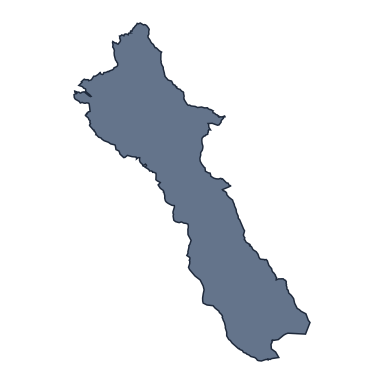 Cernisoara, Vâlcea, Romania
{"feature_id": "2599482B75338382819918", "entity_name": "Cernisoara", "entity_type": "district", "adm_level": 2, "iso_a3": "ROU", "parent_name": "Romania", "parent_adm1": "Vâlcea", "projection": "albers", "projection_center": [24.009, 45.016], "detail": "fine", "context": "isolated", "style": "filled", "palette": "slate", "viewbox_px": 384, "rotation_deg": 0, "n_neighbors": 0, "source": "geoboundaries", "source_scale": "gbopen_adm2", "svg_char_len": 5911}
<svg xmlns="http://www.w3.org/2000/svg" viewBox="0 0 384 384"><path d="M232.1,343.0L238.6,348.8L239.3,348.6L240.0,349.6L242.5,350.6L243.1,351.9L243.8,352.5L246.2,353.3L246.6,354.0L249.0,355.0L250.8,356.5L254.7,357.5L256.2,358.6L257.4,360.2L258.3,360.6L261.4,361.0L266.1,359.4L269.0,360.0L267.8,359.3L267.8,359.0L270.3,359.4L271.6,358.6L278.8,357.5L275.6,352.0L271.4,348.9L271.0,344.4L272.0,342.4L272.2,341.2L271.9,340.8L272.1,340.2L272.7,340.0L272.8,340.5L278.3,339.6L283.6,335.2L285.9,333.9L287.9,333.2L305.5,334.1L310.0,322.5L308.3,320.3L305.9,313.8L301.1,311.3L299.4,309.7L297.2,308.4L294.6,303.2L293.6,298.6L291.3,295.4L288.7,293.0L288.2,290.5L287.9,289.9L287.1,289.4L286.9,288.4L286.9,287.2L286.3,285.5L286.5,284.4L286.1,283.4L286.3,281.8L285.5,280.3L284.6,280.1L283.2,278.8L278.5,278.9L276.2,279.9L276.2,278.8L276.4,278.6L276.6,277.8L275.4,275.9L275.5,275.3L273.8,272.9L273.0,272.3L272.1,270.9L271.6,268.6L268.9,265.5L267.3,260.7L266.1,259.5L264.6,259.9L264.2,259.5L260.6,259.2L259.9,258.7L259.0,257.4L258.0,254.2L256.2,251.7L253.2,249.8L252.6,249.0L251.8,247.2L250.9,246.2L250.1,246.2L250.1,245.6L249.7,245.2L250.1,245.0L250.0,244.5L246.2,242.3L244.9,239.9L244.4,239.7L244.3,239.4L244.8,237.7L243.8,236.4L243.4,235.0L244.4,231.5L244.5,230.6L243.7,229.4L239.6,219.7L238.3,218.3L238.1,215.9L236.5,212.5L236.1,209.4L234.5,205.9L234.2,204.2L233.1,201.8L232.6,200.1L228.7,197.0L226.8,194.7L226.6,193.0L225.8,192.0L224.5,191.1L223.1,190.6L222.4,189.6L228.6,187.0L230.6,186.0L230.5,185.6L229.3,185.5L228.0,183.1L226.5,182.9L222.5,178.8L221.6,179.1L221.0,178.4L220.4,178.4L218.5,179.0L216.1,178.8L213.7,178.1L210.8,176.2L210.8,175.5L210.1,173.1L208.3,172.8L205.4,171.2L205.0,167.8L204.2,167.3L201.8,164.2L200.3,161.4L200.1,160.5L199.9,158.2L200.8,154.9L200.6,154.1L200.7,152.6L202.3,150.1L202.8,147.9L202.9,146.1L202.1,143.6L201.8,140.7L202.0,138.3L203.7,136.3L205.1,135.9L205.8,135.0L207.7,134.3L207.8,132.9L208.3,132.1L208.2,130.7L208.7,129.8L210.5,129.9L208.9,127.4L208.6,124.2L208.1,123.5L212.2,123.3L217.5,125.2L219.0,124.9L221.1,122.2L221.1,121.1L221.7,120.0L223.4,118.3L223.2,117.3L225.0,116.8L224.6,116.0L222.2,116.9L219.7,116.8L219.4,117.1L218.8,116.6L218.6,116.8L218.2,116.3L218.4,115.8L218.0,115.8L217.4,115.0L215.9,114.5L214.5,113.2L213.1,112.8L212.7,111.0L213.0,110.8L210.6,109.5L210.2,109.7L208.3,108.8L207.5,108.1L207.5,107.8L204.5,107.9L201.6,107.0L197.5,107.5L195.2,106.4L191.2,106.0L189.7,105.1L188.2,105.3L186.9,104.0L184.0,99.3L184.2,99.1L183.7,98.0L184.1,96.7L184.0,95.2L183.6,94.1L183.6,92.6L183.3,92.0L181.6,91.1L180.0,89.3L178.7,89.1L176.9,88.1L176.2,87.1L176.6,86.9L175.4,86.0L175.0,85.2L173.2,84.5L171.6,81.1L168.2,80.1L164.9,76.3L164.9,75.4L164.5,74.6L164.4,73.3L163.3,69.2L163.2,67.2L161.9,65.0L161.0,62.4L161.2,61.5L160.8,59.7L160.9,54.2L161.1,52.9L161.6,52.1L159.3,50.8L156.4,47.9L155.1,47.7L153.3,44.4L151.9,43.4L150.9,42.1L149.8,39.8L148.2,37.7L147.9,35.8L148.7,34.6L148.9,33.8L148.7,31.9L149.2,29.3L148.6,28.3L147.0,26.0L145.6,24.9L144.4,24.6L143.4,24.9L140.3,23.0L138.4,23.8L137.2,23.4L136.4,24.9L134.8,26.5L134.1,27.8L133.5,27.9L132.1,30.4L131.9,31.2L130.9,30.9L130.5,31.3L130.3,32.9L130.5,33.0L128.7,33.2L128.2,34.8L126.8,34.1L125.2,34.0L124.3,34.5L123.9,35.8L121.8,34.9L120.6,35.9L119.5,36.1L119.8,37.0L119.6,38.1L120.4,39.2L120.1,39.6L120.5,40.5L120.2,41.5L118.0,44.2L117.0,43.8L116.1,42.9L115.2,43.1L112.8,41.5L112.5,42.5L113.0,44.8L112.7,47.0L113.7,48.5L114.4,50.6L114.1,52.7L114.3,55.4L115.5,59.9L116.7,61.6L116.9,62.3L117.6,62.9L117.7,65.1L117.5,65.8L116.5,66.7L114.0,67.8L113.7,68.8L112.6,69.8L109.8,70.8L108.8,71.7L108.2,71.3L106.0,72.4L103.8,72.6L103.2,74.1L102.7,74.4L102.2,74.5L100.2,73.6L100.3,72.5L100.1,72.5L98.1,74.5L95.4,76.2L93.7,76.2L91.6,79.5L91.0,80.0L88.7,80.7L88.2,79.7L84.9,79.7L84.6,79.2L84.0,79.3L81.3,81.8L81.9,82.5L78.8,85.4L82.5,86.7L83.6,88.1L85.3,88.8L85.7,89.3L85.7,91.1L86.1,91.8L89.6,94.7L91.1,96.4L90.4,96.6L89.0,95.8L84.2,91.8L82.0,92.2L80.7,93.1L80.2,93.1L78.9,92.1L77.7,92.2L74.7,91.1L74.8,92.1L76.4,92.3L76.8,92.7L76.8,93.4L76.5,93.6L76.2,93.3L74.0,94.6L74.3,97.6L75.3,99.2L79.2,101.4L80.3,103.0L82.1,102.4L84.2,103.2L85.7,103.2L86.6,102.8L88.6,103.2L89.2,104.1L90.1,111.4L88.2,111.9L87.5,112.9L86.8,113.2L86.6,113.4L87.0,113.9L85.4,115.2L85.5,115.6L88.4,118.1L88.9,119.7L90.0,120.5L89.9,122.8L90.5,123.7L89.5,125.1L89.7,125.7L93.1,129.7L94.1,130.2L93.9,130.8L94.8,131.5L95.7,133.0L96.1,134.0L95.8,134.7L96.4,134.8L98.7,137.2L100.9,137.9L102.0,139.2L104.1,140.7L108.5,142.3L110.7,143.9L114.9,144.9L115.3,145.7L116.0,149.6L118.8,150.9L119.4,152.0L120.0,154.1L123.7,157.6L124.9,157.4L127.4,155.4L132.1,156.7L136.0,157.0L136.2,157.7L136.8,157.8L136.6,158.9L138.1,157.7L139.7,157.7L139.5,160.4L140.3,162.4L142.5,164.5L142.7,165.4L143.1,166.1L143.8,166.2L144.0,165.0L145.5,164.1L146.4,165.1L146.2,165.5L146.4,165.8L145.4,166.4L145.0,167.1L148.2,169.1L149.3,170.2L149.6,171.0L151.0,170.9L152.4,171.5L152.6,172.3L153.9,172.3L155.9,173.2L156.1,174.9L155.9,179.7L157.2,180.8L160.3,182.5L159.2,183.9L158.2,184.6L158.2,185.1L160.4,188.4L163.2,190.4L163.5,191.0L163.4,191.9L163.8,191.9L164.8,195.9L164.7,198.1L165.4,200.8L166.4,202.1L168.2,203.4L171.9,205.3L174.3,205.6L174.4,207.1L173.0,211.8L173.0,213.3L173.5,214.2L173.1,216.1L173.8,220.2L175.5,221.6L178.5,222.5L179.5,222.6L180.9,222.0L181.6,222.0L183.8,223.1L186.2,223.4L187.9,224.1L188.3,225.7L188.3,227.6L187.9,229.3L188.0,234.6L191.1,240.4L189.8,244.3L188.8,245.8L189.0,246.8L187.9,251.7L188.0,253.2L186.8,255.5L189.7,257.5L189.9,258.1L189.8,259.4L189.2,260.2L189.8,261.0L189.7,263.7L188.5,267.3L189.6,269.6L195.0,276.0L200.2,280.0L203.2,286.0L204.1,289.9L203.3,293.5L202.6,298.0L202.7,301.1L203.2,303.1L207.0,305.0L213.1,305.7L215.1,308.1L218.9,311.1L219.5,312.7L220.5,313.4L222.2,315.5L222.5,316.4L222.2,317.5L223.0,319.2L223.1,319.9L224.4,322.4L225.4,326.5L225.3,327.9L226.7,332.1L226.7,335.9L228.8,339.5L230.3,340.5L232.1,343.0Z" fill="#64748b" stroke="#1e293b" stroke-width="1.5"/></svg>